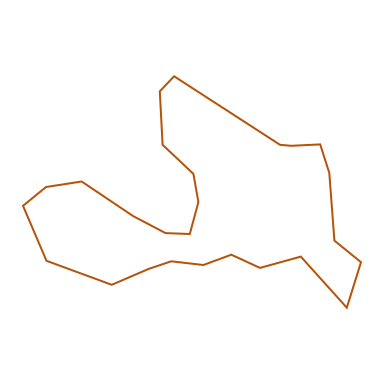 Aravan, Osh, Kyrgyzstan (Equal Earth projection)
{"feature_id": "92254566B45437421976043", "entity_name": "Aravan", "entity_type": "district", "adm_level": 2, "iso_a3": "KGZ", "parent_name": "Kyrgyzstan", "parent_adm1": "Osh", "projection": "equal_earth", "projection_center": [72.448, 40.46], "detail": "fine", "context": "isolated", "style": "outline", "palette": "amber", "viewbox_px": 384, "rotation_deg": 0, "n_neighbors": 0, "source": "geoboundaries", "source_scale": "gbopen_adm2", "svg_char_len": 457}
<svg xmlns="http://www.w3.org/2000/svg" viewBox="0 0 384 384"><path d="M320.2,144.4L291.2,145.8L280.0,144.8L174.1,76.3L159.8,91.3L162.6,144.8L193.4,173.9L198.4,202.1L189.8,234.0L165.5,233.1L133.3,216.2L81.6,181.5L46.0,187.0L23.0,205.8L46.5,260.8L111.7,284.8L142.6,271.5L149.0,268.8L171.2,261.3L203.4,265.0L231.3,254.7L260.0,267.9L300.8,256.6L346.8,307.7L361.0,262.2L334.4,240.6L329.3,173.0L320.2,144.4Z" fill="none" stroke="#b45309" stroke-width="2"/></svg>